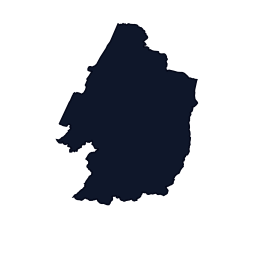 Ntchisi, Ntchisi, Malawi (Mercator projection), rotated 217°
{"feature_id": "42251766B52093988372546", "entity_name": "Ntchisi", "entity_type": "district", "adm_level": 2, "iso_a3": "MWI", "parent_name": "Malawi", "parent_adm1": "Ntchisi", "projection": "mercator", "projection_center": [33.991, -13.273], "detail": "fine", "context": "isolated", "style": "filled", "palette": "ink", "viewbox_px": 256, "rotation_deg": 217, "n_neighbors": 0, "source": "geoboundaries", "source_scale": "gbopen_adm2", "svg_char_len": 5705}
<svg xmlns="http://www.w3.org/2000/svg" viewBox="0 0 256 256"><g transform="rotate(217 128 128)"><path d="M193.4,208.5L193.7,208.3L194.7,208.3L195.0,206.9L196.2,206.2L196.3,205.3L198.5,205.1L194.2,187.5L193.9,185.8L193.9,181.6L193.2,178.5L192.4,168.0L191.2,160.0L191.5,158.9L191.4,158.3L193.2,154.9L194.8,154.4L195.6,153.7L195.9,152.9L195.5,151.2L194.7,150.2L193.6,150.3L191.0,151.4L190.8,151.5L190.7,151.4L190.2,145.8L190.2,142.4L189.5,142.2L188.9,141.8L188.8,140.8L188.0,137.7L188.0,137.1L187.6,136.5L185.9,136.0L184.7,132.9L184.6,132.0L184.3,129.4L185.4,126.8L186.9,126.6L188.6,126.1L189.3,125.6L190.0,125.5L190.4,124.0L190.9,123.9L191.7,124.0L192.1,122.8L191.6,121.1L191.6,120.4L190.3,115.1L190.2,113.2L185.3,90.2L184.9,90.1L183.2,90.7L181.4,91.0L178.4,92.4L178.1,92.8L178.2,94.0L177.9,95.3L177.3,95.7L176.4,95.8L175.4,95.5L175.1,95.2L175.0,93.9L174.6,93.7L173.7,93.6L173.3,92.9L173.4,91.5L173.9,89.9L173.3,89.5L173.1,89.0L173.6,86.4L173.5,84.6L173.8,83.6L173.9,82.3L175.0,80.1L174.9,79.1L175.2,78.7L175.7,77.1L176.2,76.6L177.8,75.8L176.8,75.3L174.1,74.8L172.4,75.8L171.8,77.4L171.4,77.4L170.5,76.9L170.1,76.8L168.6,77.0L168.0,77.4L167.2,78.7L166.7,79.0L166.0,79.2L165.4,78.9L165.2,78.4L165.2,77.4L164.9,77.3L164.5,77.4L163.6,77.9L162.7,78.2L161.0,77.8L161.0,77.6L161.3,75.6L161.1,75.2L160.2,74.7L160.3,74.2L160.1,74.0L159.7,74.2L159.1,74.6L158.6,75.3L158.8,76.3L158.6,76.7L156.7,77.1L157.0,77.8L156.8,78.0L155.4,78.4L154.9,79.0L155.1,79.4L155.9,80.0L155.5,81.1L155.6,81.6L155.5,81.8L154.9,82.5L154.7,83.4L153.9,84.3L154.0,84.7L154.7,85.6L154.8,86.1L154.7,86.8L154.2,87.6L152.8,88.6L152.6,89.1L152.9,89.8L153.6,90.8L153.8,91.2L153.6,91.7L152.7,92.5L151.6,92.6L151.4,92.7L151.3,93.5L151.1,93.6L150.4,93.4L150.2,93.6L150.1,94.6L149.6,95.2L149.3,96.1L147.4,95.1L147.2,94.7L147.0,93.5L145.8,93.5L144.8,93.3L142.2,92.0L141.5,92.2L140.6,92.8L140.2,92.8L139.2,93.4L138.8,92.8L138.9,92.4L139.7,90.1L139.6,88.6L139.9,88.2L140.6,88.0L141.2,87.2L142.2,86.5L143.1,84.8L143.3,82.6L142.9,79.9L142.9,78.2L142.6,77.9L142.4,77.9L141.7,78.6L140.9,78.0L139.9,78.0L139.2,77.7L138.5,77.1L138.2,76.4L137.6,75.6L137.6,75.2L138.0,74.0L137.7,72.9L137.2,72.4L136.5,72.2L135.3,72.2L134.3,71.5L133.2,71.7L132.2,71.6L131.3,71.1L129.8,71.2L129.6,71.0L129.6,70.3L128.8,68.8L128.8,68.1L129.7,66.0L129.4,65.1L129.3,60.4L129.0,58.8L128.7,58.5L129.1,57.4L128.2,57.3L127.8,56.1L127.6,55.9L126.9,55.7L127.2,54.0L127.4,51.3L128.0,50.5L128.0,49.5L128.5,48.1L128.3,47.2L128.8,46.1L128.9,44.2L130.1,42.3L130.1,40.2L129.5,40.9L129.3,41.0L127.5,40.1L126.9,40.3L125.7,40.4L123.0,42.1L122.0,42.2L121.5,42.8L121.1,43.7L120.6,45.7L120.0,46.7L118.9,46.6L117.3,47.3L115.1,47.3L113.0,49.0L112.7,49.4L112.5,50.2L111.7,50.6L110.9,51.9L110.2,52.5L109.5,52.5L107.8,51.6L105.1,51.4L103.7,52.0L102.1,53.3L98.9,54.2L97.9,54.8L97.2,55.4L97.2,57.2L97.8,58.8L97.3,61.2L98.0,62.2L99.4,63.5L99.3,64.2L98.8,64.8L97.8,65.5L97.2,66.5L95.9,66.3L95.5,65.7L95.2,65.7L94.5,65.8L94.0,66.3L94.0,67.5L93.8,67.5L92.6,67.4L91.1,66.5L90.6,66.4L89.6,66.5L88.8,67.0L87.3,67.2L86.6,67.9L86.3,68.8L83.7,71.5L82.8,73.2L82.2,73.5L80.3,73.2L79.0,73.8L78.4,74.9L77.6,75.5L78.0,76.0L78.3,77.5L77.4,78.6L76.9,80.6L77.0,81.2L77.4,82.4L77.4,83.6L78.0,85.3L77.5,85.4L76.7,86.2L75.5,86.6L75.2,87.1L74.7,87.4L74.0,87.3L72.9,86.9L71.9,87.3L71.1,88.2L70.3,89.5L68.5,90.4L68.2,91.0L66.6,92.9L64.4,92.9L63.4,93.6L62.6,94.8L61.6,94.9L60.5,95.5L59.1,95.5L58.8,95.9L58.3,97.3L57.8,98.2L57.5,99.4L57.7,100.1L58.1,100.7L58.3,101.7L58.6,102.1L59.3,102.4L60.3,102.4L61.0,103.1L62.0,103.2L62.1,103.8L62.4,103.9L61.8,105.0L61.1,105.7L61.1,106.0L60.7,106.6L60.4,107.5L59.6,108.6L59.1,109.8L58.9,110.8L58.9,111.1L59.5,111.1L59.6,111.5L59.5,112.1L59.9,112.7L60.1,114.4L60.8,114.2L61.3,115.1L61.3,116.1L61.7,117.3L61.4,120.1L60.2,122.8L61.0,125.9L61.1,128.5L60.9,130.2L60.9,130.6L61.2,130.8L61.5,130.7L61.7,130.9L61.8,131.9L62.2,132.4L64.1,133.9L64.2,134.5L63.7,135.5L63.8,135.8L64.5,135.9L64.1,136.8L64.3,137.1L65.1,137.5L65.4,138.0L65.4,138.6L65.2,138.8L65.3,139.3L65.1,139.8L65.7,140.7L65.7,141.3L64.9,141.8L64.5,142.7L65.1,146.0L65.5,146.5L66.9,147.8L67.5,149.3L68.2,150.2L68.6,152.1L69.1,152.6L69.7,152.8L69.9,153.4L70.4,153.9L71.0,155.4L72.4,157.7L72.7,157.6L73.0,157.7L74.0,158.5L74.7,160.1L76.4,162.0L78.5,163.4L79.1,164.9L79.6,165.6L80.9,167.1L82.9,168.7L83.6,171.1L84.2,171.7L84.7,172.6L85.6,173.6L85.8,174.3L86.0,176.5L86.4,176.9L87.2,177.4L87.5,177.8L87.5,178.6L87.1,179.6L87.4,181.0L88.5,183.1L89.2,183.4L88.1,185.1L87.6,187.6L87.6,189.7L88.4,190.2L91.6,191.0L92.4,191.6L94.5,193.7L96.1,196.4L97.1,197.3L98.0,198.8L101.7,206.8L102.1,208.0L103.9,206.9L105.2,206.7L105.9,206.0L108.5,205.2L109.7,204.3L111.2,205.0L115.5,205.4L116.6,205.3L118.1,204.8L120.3,203.2L121.8,202.2L125.7,200.7L129.7,198.9L130.7,198.0L131.0,197.1L133.0,197.6L133.3,197.9L134.4,199.5L134.5,200.0L134.4,200.9L135.1,201.6L135.4,202.5L136.0,202.3L136.3,202.9L137.8,204.1L138.1,204.7L138.0,206.2L138.2,206.6L139.8,207.1L140.1,207.8L140.3,208.0L141.5,208.7L142.5,209.0L143.2,209.0L143.8,208.8L145.6,207.2L147.4,206.2L148.4,206.2L149.5,207.1L149.8,207.1L153.4,204.8L155.2,204.1L157.3,203.8L158.2,203.0L159.3,203.6L159.6,204.3L161.1,204.3L161.6,204.1L163.9,202.3L164.1,202.3L164.6,202.6L165.1,204.1L163.9,204.9L164.0,205.4L165.4,205.9L167.4,205.9L167.8,206.2L167.5,208.4L166.8,210.8L166.8,211.5L166.9,212.0L167.5,212.5L168.2,212.8L169.6,212.7L170.0,213.5L170.6,213.9L171.7,213.5L171.9,213.6L172.2,214.3L172.9,215.2L173.3,215.4L174.7,215.3L175.1,215.0L176.0,215.7L177.8,215.9L178.9,215.3L179.7,215.3L180.9,214.8L181.9,215.5L182.4,215.5L183.1,215.4L184.9,214.5L186.0,213.6L188.5,212.0L190.0,211.6L190.4,211.3L191.0,209.5L191.3,209.1L192.7,209.3L192.9,209.2L193.4,208.5Z" fill="#0f172a" stroke="#020617" stroke-width="1.5"/></g></svg>